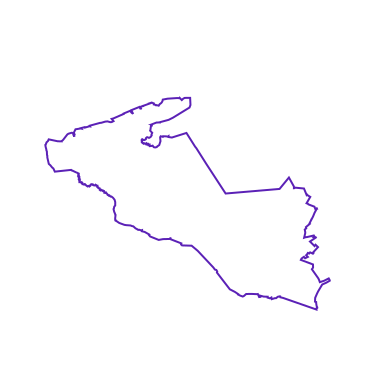 Alphen-Chaam, Noord-Brabant, Netherlands (Mercator projection), rotated 12°
{"feature_id": "6326949B83177775989799", "entity_name": "Alphen-Chaam", "entity_type": "district", "adm_level": 2, "iso_a3": "NLD", "parent_name": "Netherlands", "parent_adm1": "Noord-Brabant", "projection": "mercator", "projection_center": [4.85, 51.507], "detail": "fine", "context": "isolated", "style": "outline", "palette": "violet", "viewbox_px": 384, "rotation_deg": 12, "n_neighbors": 0, "source": "geoboundaries", "source_scale": "gbopen_adm2", "svg_char_len": 5918}
<svg xmlns="http://www.w3.org/2000/svg" viewBox="0 0 384 384"><g transform="rotate(12 192 192)"><path d="M338.2,281.1L337.9,280.1L338.3,279.8L338.6,279.3L338.2,278.9L338.1,278.6L338.2,278.4L337.7,277.8L336.8,275.6L336.3,273.8L335.3,273.8L335.1,273.7L334.5,269.9L335.4,265.5L336.0,263.1L338.6,255.4L342.2,252.8L345.2,250.1L345.0,249.6L343.7,248.1L339.6,251.4L335.8,253.6L334.7,251.8L333.6,250.3L325.3,242.6L325.9,241.4L326.1,240.6L325.4,237.7L312.6,235.8L313.1,233.9L313.1,234.1L315.0,232.1L316.4,233.3L318.8,231.4L316.8,230.1L317.5,229.0L317.9,227.8L318.1,227.9L318.3,227.5L319.4,227.8L320.1,226.5L323.1,227.2L323.6,226.3L323.4,225.9L323.1,225.8L326.7,219.7L323.8,217.9L323.1,219.4L317.7,215.9L322.6,210.8L322.3,210.5L320.7,210.7L321.1,210.2L320.2,209.2L313.8,212.2L312.7,212.5L311.2,213.4L311.3,208.7L311.1,207.7L310.1,205.3L311.3,203.8L310.7,202.7L313.8,198.7L313.4,198.5L314.4,194.7L314.4,194.4L314.5,194.4L315.5,190.8L316.2,186.9L317.5,182.5L317.7,182.4L317.4,182.0L316.1,182.9L314.8,180.9L308.4,179.9L307.8,179.4L306.4,179.2L308.7,172.2L305.9,171.2L304.8,170.4L304.6,170.9L300.8,165.3L291.1,166.4L291.2,167.0L290.9,167.1L290.7,166.0L290.4,165.3L283.8,157.7L277.0,170.8L225.2,186.5L200.0,161.4L187.1,148.2L185.6,147.0L174.3,135.4L161.0,142.9L157.6,143.1L157.4,142.2L157.0,142.6L157.0,142.9L155.5,142.9L152.6,143.4L151.9,143.6L151.9,144.1L149.8,144.0L149.5,144.8L149.5,145.3L150.6,148.8L150.2,152.9L148.4,154.8L148.2,155.4L146.7,156.1L145.3,156.1L143.9,154.9L143.7,155.1L141.5,155.8L141.5,155.4L140.5,155.4L140.6,155.2L140.2,154.9L140.3,154.6L139.9,154.7L140.0,154.3L139.1,154.1L138.8,154.2L138.8,153.9L138.7,153.9L138.4,154.0L138.5,154.2L138.1,154.7L138.2,155.0L137.7,155.0L137.6,154.7L137.4,154.8L137.1,154.0L136.8,154.3L136.7,154.6L136.2,154.3L134.9,154.8L134.6,154.2L133.7,154.5L133.2,154.0L132.8,154.0L132.4,153.6L132.4,153.4L132.8,153.3L132.4,152.6L132.6,152.1L132.1,151.7L132.3,151.5L132.3,151.2L132.1,151.2L132.3,150.7L133.9,151.2L134.6,151.1L135.6,150.3L135.9,149.9L135.7,149.0L136.4,147.9L136.9,147.7L138.7,148.0L140.0,146.9L140.8,145.0L140.4,144.2L140.8,142.4L138.3,140.7L138.4,140.2L138.1,135.3L138.9,135.3L138.9,135.1L138.8,134.4L138.3,134.4L142.9,131.4L146.0,130.7L145.9,130.5L154.1,126.3L157.9,123.3L172.0,109.9L172.4,107.2L170.6,100.3L165.2,101.5L163.9,102.7L162.9,104.2L160.4,102.5L160.3,102.9L160.0,103.0L159.3,102.9L157.9,103.2L148.7,105.8L144.2,107.7L144.2,109.3L143.8,110.6L143.3,111.5L142.2,112.7L141.5,114.4L141.3,114.3L138.9,114.6L138.9,114.4L136.4,114.3L136.3,113.3L134.0,112.9L132.3,113.9L132.6,114.0L126.3,117.9L126.6,118.9L125.9,118.1L124.1,119.3L124.0,119.9L124.8,121.0L124.7,121.1L124.0,121.1L122.9,119.7L115.6,124.6L117.7,127.2L117.6,127.3L117.4,127.1L117.0,127.3L116.1,126.8L114.7,125.4L109.9,128.7L108.8,129.5L109.0,129.8L100.9,135.6L99.2,136.8L98.9,136.8L98.2,137.2L100.5,139.0L98.9,140.3L97.5,140.7L94.7,140.5L92.5,141.2L88.8,143.2L87.7,143.5L78.2,148.4L78.6,149.0L78.1,149.0L74.0,151.2L73.7,151.3L73.5,150.9L69.9,152.7L70.3,153.0L69.9,153.0L65.0,154.9L64.1,158.5L64.3,158.7L64.5,159.4L65.2,160.0L65.2,160.3L65.0,160.8L65.2,161.6L64.9,161.7L64.8,161.3L64.0,160.7L63.6,159.2L63.4,159.0L61.9,159.1L59.0,160.7L58.1,161.6L55.1,167.8L54.5,168.7L53.7,169.4L53.8,169.6L50.1,170.3L40.9,170.3L40.5,172.1L39.4,173.7L39.0,176.5L38.8,176.6L39.5,178.4L40.6,180.5L40.9,181.5L41.6,182.5L42.5,186.0L42.9,186.5L43.3,188.3L46.1,194.3L47.9,195.3L50.1,197.1L51.5,197.8L53.6,200.6L69.2,195.5L69.4,195.6L69.3,195.8L70.3,196.0L70.4,195.9L73.7,196.7L74.8,196.9L74.9,196.7L74.9,196.9L77.3,197.5L77.1,198.3L77.6,198.6L77.9,199.1L77.9,199.3L77.4,199.3L77.2,200.1L77.4,200.3L78.2,200.1L78.6,200.5L78.2,201.0L78.2,201.5L78.9,201.6L79.1,202.1L79.0,202.4L79.3,202.6L78.9,202.9L79.0,203.2L78.8,203.4L79.0,203.6L79.3,203.3L79.7,203.5L79.8,203.8L79.5,203.9L79.7,204.2L79.4,204.5L79.5,204.7L79.9,205.1L79.7,205.3L79.8,205.7L80.4,205.5L80.8,205.8L81.4,205.7L82.0,205.3L82.2,205.6L82.2,206.0L82.3,206.2L82.7,206.1L82.7,206.4L83.0,206.5L83.2,207.0L83.5,206.9L83.7,207.1L84.6,207.2L85.1,206.6L85.7,206.6L85.9,207.1L86.5,207.1L87.6,207.9L88.4,208.0L88.6,208.2L89.1,207.7L89.8,207.8L90.1,207.4L90.5,207.9L90.8,207.6L90.8,207.2L91.1,207.2L91.4,206.7L91.6,205.7L92.1,205.5L92.1,205.3L92.9,205.3L93.3,205.1L93.7,205.4L93.8,205.8L94.5,205.9L95.2,205.9L95.6,205.5L95.9,205.6L96.1,205.2L96.3,205.4L96.7,205.2L97.0,205.5L97.3,205.4L97.6,205.7L97.8,205.7L97.9,206.0L98.0,205.9L98.3,206.3L98.4,206.2L98.5,206.6L98.8,206.9L98.9,206.7L99.6,207.1L99.8,207.7L100.8,207.7L100.8,207.9L101.1,208.0L101.3,208.5L101.3,209.1L101.8,209.4L102.3,209.5L102.6,208.8L103.1,209.0L103.1,208.8L104.1,209.1L104.3,209.3L104.5,209.1L104.7,209.3L105.4,209.3L105.3,209.7L105.4,209.9L106.5,210.2L106.5,210.6L106.9,210.4L107.1,210.6L107.2,211.0L107.8,211.0L108.1,210.6L108.4,211.0L109.1,211.2L110.0,212.3L110.4,212.2L110.6,212.5L111.6,212.4L111.7,212.9L112.2,212.8L112.5,213.1L112.8,213.2L113.2,213.1L113.5,213.4L114.2,213.2L116.0,214.1L117.9,215.7L119.0,217.8L119.7,221.2L119.0,222.4L119.0,224.6L118.8,225.0L120.0,227.5L121.4,229.5L121.7,230.3L122.0,230.4L122.3,233.6L122.6,234.9L122.9,235.2L122.8,235.5L123.0,235.8L123.5,235.8L123.5,236.0L124.3,236.2L127.2,237.4L132.7,238.2L134.5,238.1L138.9,237.5L140.2,237.8L141.8,237.8L144.3,239.3L146.2,239.8L146.6,240.1L147.5,240.2L148.0,239.9L150.3,240.1L151.0,239.7L151.1,240.8L154.0,240.9L159.1,242.5L158.9,243.1L160.3,244.2L169.4,245.8L173.5,244.1L180.7,242.4L180.4,241.8L180.6,241.7L181.2,242.7L192.3,244.5L192.2,245.6L193.4,246.3L202.8,244.6L209.9,248.4L228.6,261.4L230.5,263.1L232.0,263.2L233.2,264.5L233.1,265.6L249.2,279.3L254.7,280.8L258.5,282.3L258.4,282.7L260.6,283.3L263.4,283.7L264.4,282.9L266.2,280.5L271.5,279.3L276.9,278.4L277.6,278.1L279.5,280.8L280.6,280.4L280.1,279.2L283.9,279.4L287.8,278.7L287.9,279.6L290.4,279.8L291.6,278.7L292.3,280.2L295.0,278.7L296.4,278.3L297.6,276.7L299.5,275.8L300.0,275.8L300.3,276.6L303.3,276.7L338.2,281.1Z" fill="none" stroke="#5b21b6" stroke-width="2"/></g></svg>